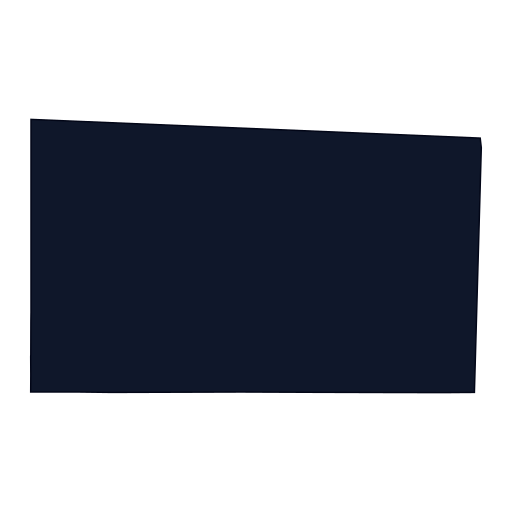 outline of McDonald, Missouri, United States of America
{"feature_id": "52423323B38685090591700", "entity_name": "McDonald", "entity_type": "district", "adm_level": 2, "iso_a3": "USA", "parent_name": "United States of America", "parent_adm1": "Missouri", "projection": "albers", "projection_center": [-94.424, 36.633], "detail": "fine", "context": "isolated", "style": "filled", "palette": "ink", "viewbox_px": 512, "rotation_deg": 0, "n_neighbors": 0, "source": "geoboundaries", "source_scale": "gbopen_adm2", "svg_char_len": 452}
<svg xmlns="http://www.w3.org/2000/svg" viewBox="0 0 512 512"><path d="M474.4,392.4L481.3,147.8L480.2,138.1L31.0,119.4L31.0,185.9L31.0,218.5L31.0,220.1L31.0,276.5L31.0,282.4L31.0,290.3L31.0,312.1L30.9,321.3L30.8,353.7L30.8,354.6L30.7,356.5L30.8,373.3L30.8,376.1L30.7,392.0L78.8,392.0L111.5,392.4L241.3,392.0L316.8,392.3L388.9,392.5L446.2,392.6L446.9,392.6L455.4,392.5L456.8,392.5L474.4,392.4Z" fill="#0f172a" stroke="#020617" stroke-width="1.5"/></svg>